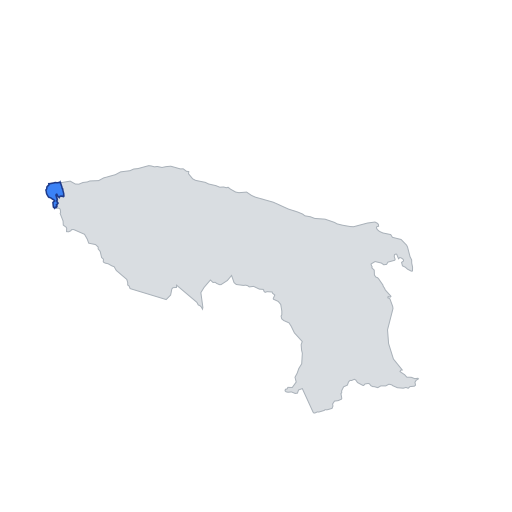 Tacna, Tacna, Peru shown in context, rotated 130°
{"feature_id": "86281439B72337675709954", "entity_name": "Tacna", "entity_type": "district", "adm_level": 2, "iso_a3": "PER", "parent_name": "Peru", "parent_adm1": "Tacna", "projection": "equal_earth", "projection_center": [-70.307, -17.872], "detail": "fine", "context": "in_parent", "style": "filled", "palette": "blue", "viewbox_px": 512, "rotation_deg": 130, "n_neighbors": 0, "source": "geoboundaries", "source_scale": "gbopen_adm2", "svg_char_len": 6817}
<svg xmlns="http://www.w3.org/2000/svg" viewBox="0 0 512 512"><g transform="rotate(130 256 256)"><path d="M340.7,145.6L340.6,147.1L339.2,147.8L338.0,146.8L336.1,147.1L333.4,143.7L326.7,144.2L323.8,148.2L319.4,149.1L314.6,150.9L309.2,151.7L300.7,158.0L298.8,160.6L294.9,164.4L291.8,165.6L290.2,177.2L287.2,183.9L286.0,187.7L287.6,193.2L287.6,195.9L285.9,198.2L284.5,198.4L281.6,200.8L277.2,205.9L276.5,209.8L277.9,214.9L277.4,215.5L273.8,216.5L273.9,219.4L273.2,220.5L276.2,224.6L277.9,225.6L278.0,226.6L277.7,227.7L277.1,228.2L277.0,229.1L279.2,232.1L280.8,238.3L284.0,241.3L284.1,243.3L285.0,245.2L286.6,246.7L290.5,252.8L290.5,255.7L286.6,262.2L293.2,262.2L300.4,264.4L301.4,265.5L302.3,268.5L302.4,270.4L303.9,271.9L303.7,275.5L313.3,275.6L319.5,274.7L329.5,263.7L331.1,262.8L330.2,265.2L330.1,266.9L330.6,268.8L329.5,271.5L329.4,298.1L331.2,296.7L333.6,299.2L335.3,299.3L340.8,296.3L347.1,296.8L361.9,331.5L360.6,333.8L360.7,335.6L358.9,337.1L357.0,339.9L356.9,353.7L355.4,357.8L356.2,360.0L357.0,364.3L358.4,367.0L358.7,368.7L358.6,369.3L356.5,370.8L356.4,373.3L352.7,378.2L352.0,381.5L350.6,382.6L350.4,386.3L353.7,392.4L351.6,396.0L349.6,401.3L352.9,412.6L354.3,414.2L355.8,414.1L357.9,415.1L359.1,416.8L356.4,418.9L356.0,419.8L356.2,423.5L353.2,426.3L349.3,433.4L348.2,433.7L346.2,435.8L345.9,436.9L346.2,437.9L347.9,440.0L348.1,442.6L345.2,445.8L343.2,446.1L342.5,447.0L343.3,451.3L343.3,453.3L342.6,455.5L341.2,458.0L337.0,460.6L333.2,461.1L326.6,454.6L324.6,452.0L318.1,446.5L317.0,440.7L314.9,437.9L310.9,435.8L307.7,432.8L305.3,431.5L299.4,425.0L294.1,422.9L284.1,416.0L278.6,413.8L271.7,407.4L268.0,405.6L264.9,402.6L255.8,396.3L254.4,394.2L253.0,391.1L250.9,389.2L248.6,384.9L245.3,382.3L242.0,379.0L237.9,369.9L236.0,367.8L235.8,363.7L234.5,361.8L236.4,360.5L237.6,354.1L236.9,350.9L232.2,342.2L231.3,338.6L227.9,332.0L226.6,328.0L223.9,325.1L222.8,322.6L221.3,321.6L221.2,318.5L220.1,312.7L218.5,309.8L213.1,304.3L212.5,298.4L211.3,294.2L203.7,277.4L199.2,261.3L195.5,252.3L193.9,247.2L193.8,244.4L191.0,239.6L189.5,235.2L183.4,226.8L179.8,217.4L179.3,214.6L176.8,209.5L172.9,202.8L170.9,200.1L159.1,191.8L153.5,186.7L152.9,184.1L153.1,182.6L154.4,181.2L156.0,182.3L157.1,181.8L157.8,180.0L157.8,177.2L156.8,173.6L153.0,166.6L154.0,163.5L150.1,155.4L150.9,147.6L151.8,145.6L157.5,137.6L159.0,134.2L161.4,132.1L163.9,128.9L166.9,126.5L167.8,127.3L168.7,131.5L168.6,134.4L169.4,137.5L167.3,140.4L165.1,139.8L164.2,140.5L163.9,141.9L164.3,144.0L164.8,144.9L166.5,145.0L164.3,149.2L164.4,150.0L166.0,150.8L167.6,149.7L169.1,147.3L170.1,147.0L175.9,151.0L178.5,150.6L180.6,152.5L180.8,155.4L183.7,161.2L188.0,162.7L188.7,162.2L189.7,160.0L190.6,159.7L190.8,156.4L194.5,153.0L195.1,150.6L194.5,149.0L194.6,147.6L196.7,140.0L197.4,139.2L198.1,136.7L198.9,135.2L200.1,126.7L201.2,126.7L202.1,128.7L203.3,128.2L202.7,126.3L202.9,125.6L206.9,118.7L208.2,117.3L228.0,107.8L237.9,98.1L246.6,84.5L249.3,70.7L250.4,71.7L252.0,71.4L251.4,65.8L251.8,63.2L251.8,62.4L249.1,59.1L247.9,55.5L245.6,53.4L245.7,52.6L248.2,53.4L250.5,53.1L252.4,50.8L253.9,51.0L257.1,54.1L259.5,54.4L260.3,56.6L262.6,58.2L266.0,63.0L267.5,68.1L267.4,69.1L268.8,71.8L272.1,73.1L275.3,76.9L278.6,78.1L280.1,81.5L281.0,82.6L281.5,84.6L281.0,86.9L281.5,88.1L283.9,90.2L286.0,90.3L286.5,91.2L287.7,96.9L286.9,99.8L287.2,101.4L290.0,102.8L290.8,104.0L293.0,104.2L296.1,103.0L299.9,104.8L302.9,104.1L304.3,103.7L305.7,102.4L306.8,102.5L309.9,98.8L310.7,98.5L314.0,100.1L316.7,102.6L320.1,102.2L321.5,100.6L323.9,99.8L328.3,102.8L329.3,104.3L330.5,104.5L335.2,107.6L336.0,108.8L338.5,110.0L339.1,110.9L338.9,112.0L327.8,135.3L331.3,137.3L334.4,136.1L336.1,137.6L337.3,141.4L339.8,143.9L340.7,145.6Z" fill="#d9dde1" stroke="#a8b0b8" stroke-width="1"/><path d="M325.4,453.0L325.5,453.2L325.5,453.3L325.5,453.5L325.4,453.6L325.5,453.6L325.6,453.8L325.8,453.9L325.9,454.0L326.0,454.1L326.3,454.2L326.4,454.3L326.5,454.3L326.7,454.5L326.8,454.6L327.0,454.7L327.1,454.8L327.3,455.0L327.5,455.2L327.6,455.3L327.7,455.5L327.8,455.6L328.0,455.8L328.1,456.0L328.3,456.2L328.3,456.3L328.4,456.5L328.5,456.5L328.7,456.8L328.8,456.9L328.8,457.0L329.1,457.2L329.3,457.3L329.4,457.5L329.5,457.5L330.0,457.8L330.2,458.0L330.5,458.2L331.1,458.7L331.7,459.2L331.9,459.3L332.1,459.5L333.3,460.5L333.5,460.8L333.8,461.2L334.2,460.7L334.5,460.4L334.8,460.3L335.3,460.3L335.9,460.4L336.8,460.6L337.6,460.5L338.5,459.9L339.2,459.4L340.3,459.4L340.5,459.4L341.6,457.9L342.4,457.1L343.1,456.0L344.1,453.2L344.2,452.3L343.7,451.5L343.4,450.6L343.3,448.7L343.3,448.2L343.1,448.0L343.0,447.8L342.9,447.4L342.9,447.0L343.0,446.6L343.4,445.7L344.1,445.8L345.5,446.0L346.3,445.2L347.4,444.1L348.8,442.6L348.8,441.7L348.7,441.7L348.6,441.4L348.5,441.2L348.4,441.2L348.5,441.1L348.4,441.1L348.1,440.9L347.9,440.8L347.9,440.7L347.7,440.5L347.7,440.4L347.3,440.3L347.2,440.3L346.9,440.3L346.7,440.2L346.5,440.3L346.4,440.5L346.2,440.7L345.8,440.5L345.7,440.5L345.6,440.8L345.3,441.1L345.1,441.2L345.1,441.3L345.3,441.5L345.2,441.7L345.0,441.8L344.9,441.9L344.7,441.8L344.7,441.7L344.4,441.6L344.2,441.5L343.8,441.6L343.7,441.5L343.4,441.6L343.2,441.6L342.9,441.5L342.7,441.6L342.7,441.8L342.6,442.1L342.5,442.3L342.5,442.5L342.5,442.8L342.4,442.8L342.3,443.0L342.2,443.3L342.1,443.5L342.1,443.8L342.1,444.0L342.1,444.3L341.9,444.3L341.5,444.4L341.3,444.4L341.2,444.4L341.2,444.5L341.1,444.3L341.0,444.2L340.9,444.2L340.9,444.3L340.7,444.5L340.6,444.4L340.5,444.5L340.4,444.6L340.2,444.9L340.1,445.0L339.9,445.2L339.8,445.3L339.9,445.5L339.8,445.8L339.7,446.0L339.4,446.1L339.2,446.3L339.2,446.6L339.1,446.8L338.9,446.9L338.8,447.1L338.7,447.3L338.4,447.5L338.4,447.8L338.2,448.2L338.1,448.3L337.9,448.4L337.8,448.5L337.6,448.5L337.4,448.5L337.1,448.6L336.8,448.5L336.8,448.4L336.7,448.3L336.7,448.2L336.8,448.1L336.9,447.9L336.9,447.7L337.0,447.6L337.1,447.4L337.2,447.2L337.4,446.9L337.5,446.8L337.5,446.7L337.5,446.4L337.5,446.2L337.6,445.8L337.6,445.7L337.7,445.4L337.5,445.2L337.5,444.9L337.6,444.6L337.4,444.7L337.2,444.4L336.5,444.4L336.3,444.5L336.2,444.5L335.8,444.2L335.7,444.2L335.5,443.9L335.4,443.8L335.4,443.7L335.3,443.4L335.2,443.3L335.0,443.1L334.9,443.1L334.9,442.9L334.6,442.7L334.5,442.4L334.5,442.2L334.4,442.2L334.4,441.8L334.4,441.7L334.2,441.6L333.9,441.6L333.7,441.6L333.4,442.0L333.2,442.0L332.9,442.3L332.9,442.5L332.7,442.6L332.7,442.8L332.4,443.0L332.1,443.1L331.8,443.4L331.7,443.5L330.6,445.1L330.0,445.9L329.4,446.7L329.3,446.9L329.2,446.9L329.1,447.1L328.9,447.1L328.8,447.3L328.8,447.5L328.7,447.6L328.7,447.9L328.6,448.1L328.6,448.4L328.1,448.8L327.8,449.2L327.7,449.3L327.6,449.5L327.3,450.0L327.1,450.4L327.0,450.5L326.9,450.7L326.9,450.8L326.8,451.0L326.7,451.1L326.5,451.3L326.4,451.4L326.3,451.5L326.2,451.9L326.1,452.0L326.1,452.3L326.0,452.5L325.9,452.8L325.7,452.8L325.4,453.0Z" fill="#3b82f6" stroke="#1e3a8a" stroke-width="1.5"/></g></svg>